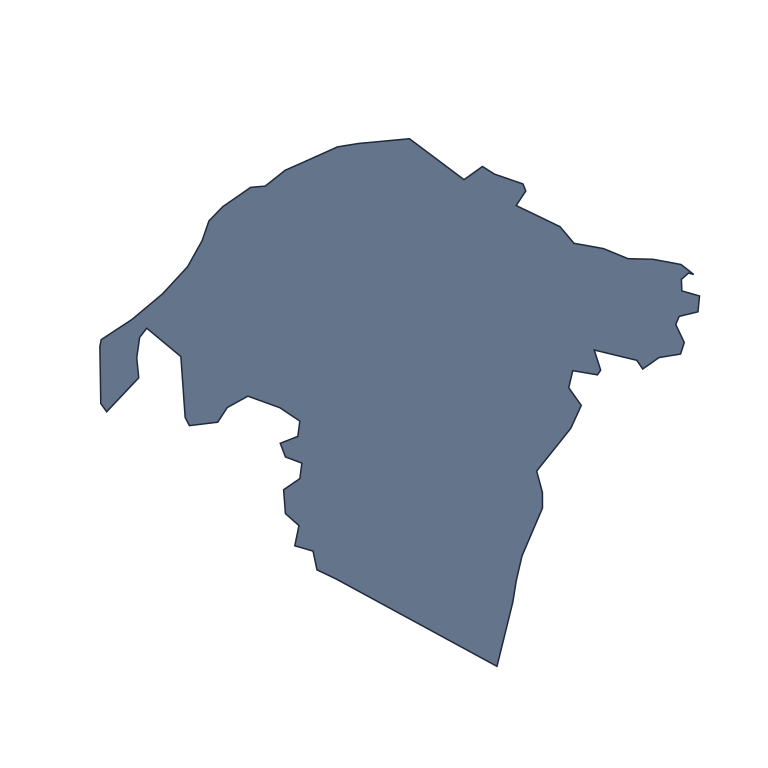 the district of Filingué, Tillabéri, Niger, rotated 195°
{"feature_id": "23599985B22646074094064", "entity_name": "Filingué", "entity_type": "district", "adm_level": 2, "iso_a3": "NER", "parent_name": "Niger", "parent_adm1": "Tillabéri", "projection": "albers", "projection_center": [3.193, 14.311], "detail": "fine", "context": "isolated", "style": "filled", "palette": "slate", "viewbox_px": 768, "rotation_deg": 195, "n_neighbors": 0, "source": "geoboundaries", "source_scale": "gbopen_adm2", "svg_char_len": 1154}
<svg xmlns="http://www.w3.org/2000/svg" viewBox="0 0 768 768"><g transform="rotate(195 384 384)"><path d="M113.2,570.0L128.0,576.3L156.4,574.1L180.9,568.2L207.0,571.6L236.9,569.1L254.7,581.5L302.5,590.6L297.0,607.2L301.5,613.2L331.5,615.3L345.2,619.6L359.6,602.1L422.9,627.5L470.0,610.1L490.2,601.1L521.1,575.9L534.8,564.9L550.0,544.4L563.8,539.4L565.5,537.3L585.6,513.6L595.3,496.3L596.8,475.4L604.1,446.4L621.3,413.7L644.1,381.2L668.6,353.7L668.2,346.8L652.5,291.8L644.7,285.4L622.5,326.5L629.6,345.3L632.1,365.8L627.6,376.5L587.3,357.9L567.4,300.2L561.2,293.4L534.7,304.1L529.3,320.7L512.4,337.0L478.4,334.1L455.7,326.4L453.7,311.1L468.9,299.9L460.3,288.0L442.9,286.3L440.8,270.9L453.6,255.9L445.7,233.3L429.5,225.2L428.3,204.6L409.3,204.2L400.6,187.1L380.0,183.3L201.8,140.5L203.1,206.7L205.3,227.8L206.2,253.6L198.8,305.2L202.9,320.3L214.0,339.4L192.1,389.5L187.9,414.4L204.6,428.2L205.1,445.7L180.1,448.1L178.3,453.5L189.7,471.2L145.9,472.3L138.0,465.4L125.2,480.7L105.3,489.7L104.7,501.8L117.6,517.0L116.4,525.7L99.4,535.0L102.0,550.7L120.4,551.0L123.8,562.1L118.6,569.9L113.2,570.0Z" fill="#64748b" stroke="#1e293b" stroke-width="1.5"/></g></svg>